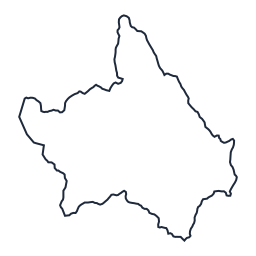 outline of São Sebastião do Paraíso, Minas Gerais, Brazil
{"feature_id": "56859067B47748239020131", "entity_name": "São Sebastião do Paraíso", "entity_type": "district", "adm_level": 2, "iso_a3": "BRA", "parent_name": "Brazil", "parent_adm1": "Minas Gerais", "projection": "equal_earth", "projection_center": [-46.997, -20.902], "detail": "fine", "context": "isolated", "style": "outline", "palette": "slate", "viewbox_px": 256, "rotation_deg": 0, "n_neighbors": 0, "source": "geoboundaries", "source_scale": "gbopen_adm2", "svg_char_len": 3916}
<svg xmlns="http://www.w3.org/2000/svg" viewBox="0 0 256 256"><path d="M123.8,15.4L121.8,16.2L120.3,17.5L119.0,19.3L118.8,22.4L119.2,25.0L119.5,27.3L118.7,29.0L117.6,30.2L117.5,32.1L118.3,33.9L119.4,36.0L118.6,38.7L118.4,41.3L118.1,43.7L117.0,45.6L115.9,47.7L115.6,49.5L115.6,52.0L115.4,53.9L115.0,56.7L114.4,59.3L114.7,62.3L115.4,65.1L116.0,68.7L116.3,70.6L117.0,72.9L117.1,75.7L118.2,77.6L120.9,78.4L122.7,79.0L122.1,81.1L120.7,82.9L118.1,83.8L115.6,82.5L113.7,83.4L112.2,85.3L110.6,87.8L109.3,90.9L106.3,90.2L104.3,89.4L102.3,88.8L100.9,87.4L98.9,86.3L97.4,85.7L96.1,84.8L94.6,85.8L93.4,87.1L92.0,87.9L90.0,89.2L87.8,91.3L86.2,92.6L84.7,93.8L82.7,93.1L80.7,91.6L79.3,91.4L77.6,93.1L74.7,94.1L72.2,95.5L69.5,97.3L67.9,98.8L66.0,101.2L65.1,103.1L65.0,105.9L64.3,110.2L62.1,112.2L60.0,112.4L57.9,110.5L55.6,110.5L53.5,109.8L51.4,110.7L49.5,111.0L47.5,111.9L45.9,111.8L44.3,112.1L42.8,111.7L41.3,111.0L41.1,108.7L40.9,105.7L40.4,103.1L38.5,101.4L36.6,100.2L34.9,98.5L32.7,97.8L30.4,97.7L28.1,98.3L26.3,97.6L24.7,98.6L19.2,116.9L26.9,134.3L33.8,142.5L35.6,143.1L43.9,145.3L42.6,154.5L45.6,159.3L47.3,160.8L48.3,162.3L51.6,162.4L54.5,164.5L54.7,168.0L56.9,170.5L58.4,170.5L60.2,171.9L63.1,173.2L64.6,174.5L64.9,178.0L66.7,181.0L65.5,187.4L63.4,190.7L63.4,197.5L63.0,199.6L61.7,201.3L60.1,205.2L60.9,207.3L62.2,208.7L65.0,215.8L67.2,215.5L69.3,215.3L71.0,213.7L73.3,212.9L75.6,213.0L77.0,211.0L77.7,209.1L78.8,206.7L80.1,205.4L81.5,204.4L83.1,203.5L84.7,202.5L86.5,202.5L88.2,202.5L90.2,202.2L92.8,201.9L94.8,202.9L96.9,203.1L98.2,203.9L100.1,204.6L102.5,203.8L104.1,202.5L105.7,201.1L107.5,199.6L108.6,198.2L109.9,196.8L111.4,194.8L113.4,194.5L114.9,194.9L116.5,195.3L118.0,195.0L119.4,193.9L121.0,192.9L122.4,191.8L124.1,190.8L125.8,191.9L126.2,194.1L125.6,196.1L125.8,198.5L127.1,200.7L128.4,202.0L129.9,202.5L132.0,202.9L134.2,203.2L136.5,203.7L138.2,203.9L139.5,205.0L141.1,205.7L142.4,207.7L144.6,208.9L146.7,208.9L148.4,210.4L149.4,212.8L151.9,213.9L154.4,214.4L156.5,216.0L158.7,218.2L159.0,221.6L158.2,224.4L158.3,227.0L159.8,227.5L161.5,227.0L163.3,227.5L164.9,227.9L166.3,228.1L167.5,230.3L168.3,233.7L170.3,233.2L171.9,234.0L173.4,236.4L175.4,236.9L176.9,236.8L178.5,236.9L180.7,236.9L182.8,239.1L184.4,240.6L185.6,239.1L186.9,237.9L189.2,237.3L190.5,235.8L189.8,233.9L190.0,231.3L190.9,228.6L192.3,226.6L193.0,224.8L194.1,223.0L194.7,220.6L194.6,217.5L195.6,214.8L196.7,212.9L197.2,210.6L197.4,208.8L198.2,206.9L199.6,206.0L201.1,203.9L201.8,201.3L203.1,199.2L205.6,198.9L207.2,198.6L208.3,197.5L209.7,196.7L211.9,195.6L213.7,193.6L214.3,191.5L216.2,191.2L218.6,190.9L220.5,191.2L221.9,191.4L223.9,191.3L225.8,192.7L226.6,195.4L228.3,195.8L230.3,195.7L230.9,193.7L229.8,191.5L230.9,189.2L232.1,187.1L233.4,184.9L234.9,182.6L236.2,180.0L236.8,177.1L235.9,175.6L234.7,174.6L234.2,172.5L233.6,169.7L232.5,167.0L230.9,165.1L230.0,162.1L230.3,159.6L230.5,156.4L230.8,152.2L231.8,149.5L233.0,147.4L233.8,144.8L234.0,142.8L234.1,140.6L232.8,138.9L231.1,139.5L229.3,140.9L227.3,141.8L225.8,142.5L224.0,142.8L222.3,141.9L220.8,140.9L220.3,139.0L219.1,137.9L218.7,135.6L216.9,135.5L214.5,136.8L212.7,135.4L211.5,133.7L210.6,132.0L209.6,130.6L208.3,129.2L206.9,128.1L205.4,126.9L204.9,124.3L204.6,122.4L203.5,120.8L202.1,118.9L199.7,117.0L198.8,114.3L197.5,111.9L195.5,111.3L193.7,109.2L191.7,107.3L190.0,105.3L188.3,103.2L188.2,100.6L188.7,98.5L188.0,96.9L186.5,94.7L185.1,92.2L183.9,89.9L182.5,88.3L181.3,86.6L180.4,84.0L179.0,81.7L177.9,79.2L176.9,76.6L175.2,76.1L173.4,76.0L171.4,75.2L169.8,74.6L168.3,73.7L166.2,73.7L164.4,75.0L163.6,73.1L162.3,70.6L160.1,68.1L158.9,65.8L158.3,63.9L157.5,61.0L156.7,58.3L156.2,56.0L154.7,53.9L153.7,52.3L152.8,50.1L151.2,47.5L149.1,44.0L147.0,40.1L146.4,38.2L145.9,35.8L144.6,33.6L143.2,32.6L141.3,31.3L139.8,31.2L137.3,31.0L135.7,29.2L134.0,27.6L132.1,27.2L130.8,26.0L129.8,22.6L129.6,20.4L128.8,17.8L126.6,16.2L123.8,15.4Z" fill="none" stroke="#1e293b" stroke-width="2"/></svg>